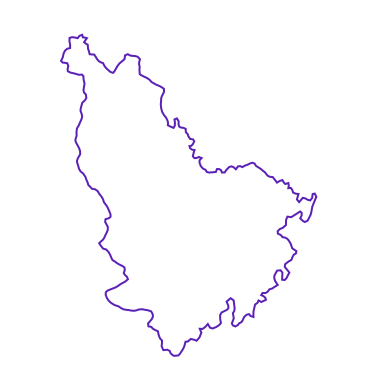 outline of Abadia dos Dourados, Minas Gerais, Brazil, rotated 177°
{"feature_id": "56859067B68751395619668", "entity_name": "Abadia dos Dourados", "entity_type": "district", "adm_level": 2, "iso_a3": "BRA", "parent_name": "Brazil", "parent_adm1": "Minas Gerais", "projection": "robinson", "projection_center": [-47.46, -18.373], "detail": "fine", "context": "isolated", "style": "outline", "palette": "violet", "viewbox_px": 384, "rotation_deg": 177, "n_neighbors": 0, "source": "geoboundaries", "source_scale": "gbopen_adm2", "svg_char_len": 5118}
<svg xmlns="http://www.w3.org/2000/svg" viewBox="0 0 384 384"><g transform="rotate(177 192 192)"><path d="M228.9,35.6L225.0,35.8L222.6,34.5L221.8,32.1L220.3,30.5L218.6,29.3L214.2,29.5L212.5,31.1L209.2,35.6L207.9,38.0L206.3,42.8L204.0,42.9L200.9,45.3L197.1,44.2L195.2,43.2L192.1,46.5L190.0,51.1L191.4,55.0L188.6,54.7L185.9,56.5L183.1,59.3L181.1,55.6L178.6,54.6L174.9,55.9L171.8,57.7L170.0,59.6L170.5,64.0L170.4,67.5L168.8,70.1L163.3,72.5L161.8,73.9L161.7,76.6L163.2,80.7L159.0,83.9L156.1,81.6L155.5,73.6L156.1,70.7L157.5,68.9L156.9,63.7L159.1,58.6L158.1,56.6L155.7,55.5L153.1,56.8L151.7,58.5L149.6,59.3L148.2,61.1L146.5,64.4L143.9,66.6L141.3,67.0L140.1,65.2L137.2,64.0L136.9,69.3L134.9,76.3L132.3,78.0L131.2,80.2L128.5,78.5L126.2,79.5L123.8,80.4L124.3,82.5L126.1,84.3L128.3,85.4L126.8,87.5L124.0,87.2L121.7,88.4L119.9,90.7L116.8,91.5L115.1,92.6L111.3,94.7L113.7,98.9L114.3,101.2L114.2,104.0L111.2,109.0L107.7,109.2L105.9,106.8L106.6,99.7L104.2,99.2L102.3,100.8L100.8,103.4L99.0,106.4L100.3,108.3L103.3,112.3L102.8,115.0L99.3,117.5L96.3,119.0L94.8,122.3L93.5,124.2L91.5,125.1L90.8,127.4L94.9,130.6L96.1,135.1L98.0,138.7L99.7,140.6L102.0,141.8L103.9,142.1L105.6,144.4L108.4,145.9L108.5,148.4L106.1,150.5L103.5,151.3L101.7,152.7L99.9,154.1L99.5,159.3L98.0,162.4L94.1,161.7L91.0,163.5L85.0,166.9L83.5,165.3L83.8,162.8L85.3,160.0L82.8,157.3L80.9,156.1L78.0,157.4L74.8,162.9L73.9,165.7L72.6,171.2L68.1,180.7L69.5,184.0L71.6,183.7L72.3,179.8L74.4,177.4L77.0,178.2L79.0,179.6L81.7,180.4L83.5,178.4L85.6,176.3L87.6,179.1L86.6,182.1L85.8,184.5L88.3,184.8L91.0,186.1L91.8,188.9L93.1,190.9L95.6,190.8L95.0,193.2L95.3,195.9L98.5,195.1L99.9,196.8L101.1,199.2L104.2,198.3L106.6,196.9L108.4,199.6L110.6,202.7L113.3,203.1L115.2,204.0L116.6,205.6L118.1,207.9L120.1,209.5L121.8,211.2L124.1,212.9L126.6,214.6L128.1,217.2L130.2,218.1L132.4,217.5L134.9,216.4L137.9,215.5L140.4,214.2L142.5,215.3L144.7,215.2L147.0,212.4L149.3,214.7L151.2,215.5L153.6,215.0L156.3,212.4L158.4,209.8L161.1,209.9L161.8,212.2L163.7,213.5L165.9,213.6L167.1,210.8L170.6,210.6L173.7,210.5L176.1,211.2L177.3,213.4L179.7,214.7L181.9,217.4L183.0,221.2L182.7,223.4L180.6,225.4L183.3,226.6L185.7,225.7L187.8,225.7L189.3,227.6L188.2,231.3L187.3,233.8L189.6,234.2L191.6,235.8L192.1,238.0L190.2,238.2L188.6,239.8L187.1,242.5L188.2,244.5L191.1,245.1L192.7,247.8L193.3,250.1L195.0,252.0L195.0,255.4L197.2,256.5L199.5,256.9L201.2,257.8L201.9,260.1L201.6,263.3L203.3,266.3L205.7,265.4L205.4,262.4L205.7,259.1L207.1,257.0L210.0,258.4L212.6,259.9L212.3,262.6L213.0,265.4L214.2,267.9L216.0,270.3L217.7,273.8L218.4,277.4L218.6,281.2L218.1,284.3L217.9,287.1L217.1,289.3L216.0,291.1L214.7,293.4L214.6,296.5L216.7,298.1L218.5,299.3L220.5,300.3L222.4,301.2L224.4,302.5L226.6,303.9L228.6,306.4L231.5,308.5L234.0,309.8L236.3,311.1L238.0,312.4L238.1,316.6L237.7,319.9L238.2,322.5L237.8,325.0L237.0,327.3L239.2,329.9L241.9,330.8L244.1,331.0L246.8,331.6L248.9,333.0L251.7,331.9L252.5,328.1L255.6,325.8L257.8,324.1L260.1,321.3L261.8,318.7L262.9,316.9L264.5,315.1L267.1,316.1L269.3,318.2L271.6,320.6L273.1,323.0L274.1,325.4L276.2,326.2L278.2,327.5L279.9,329.7L281.0,331.9L282.5,334.4L284.9,334.6L287.0,335.0L287.6,338.2L288.3,340.3L288.4,344.5L290.1,345.6L291.9,347.2L290.5,349.2L288.9,351.1L290.8,351.8L292.9,352.2L293.4,354.7L296.1,353.9L298.2,351.6L300.5,352.3L303.6,352.9L306.2,352.3L306.5,348.9L306.0,345.5L306.2,342.1L309.1,341.6L311.6,339.6L313.0,336.9L314.0,333.3L315.9,329.8L314.4,328.0L312.3,327.7L309.8,327.1L308.9,324.2L309.8,321.6L309.7,319.1L307.4,317.7L304.3,316.8L301.7,316.0L299.0,315.0L295.8,315.0L294.4,313.4L294.4,310.5L294.1,308.3L293.6,306.1L294.3,302.9L295.0,299.7L294.7,297.1L292.9,295.0L292.6,291.3L294.4,288.9L296.8,287.0L297.7,284.5L298.6,281.8L299.1,279.0L298.2,276.0L297.7,273.3L298.5,270.6L300.1,267.5L301.5,264.6L303.6,261.4L304.2,258.0L304.3,254.2L305.3,251.7L305.8,249.6L305.1,247.2L303.6,244.2L302.4,241.4L301.6,238.6L301.7,235.6L302.8,233.8L304.3,231.6L305.3,229.0L305.0,226.8L304.3,224.2L303.6,221.1L302.3,218.5L299.7,216.1L297.7,212.8L296.8,209.7L295.8,207.2L295.2,204.5L293.6,202.7L291.7,200.5L288.7,199.8L286.1,197.8L284.8,195.1L282.8,192.4L281.2,189.4L280.5,186.4L278.9,184.1L277.4,181.7L276.6,179.7L275.6,177.1L274.5,173.8L274.7,171.4L276.6,170.1L279.8,169.4L280.3,166.6L279.0,164.0L277.9,161.6L278.1,158.5L279.4,155.8L281.1,152.8L282.3,150.4L284.0,148.5L285.5,147.4L287.4,145.7L285.8,143.0L283.7,140.1L280.6,139.0L278.4,136.3L276.8,133.0L275.9,130.3L274.9,128.1L272.7,126.7L271.0,125.2L268.9,123.7L265.8,122.0L263.4,120.2L263.2,117.6L264.4,114.6L263.3,112.7L261.6,111.0L260.5,108.3L262.8,106.4L265.3,105.1L268.1,103.8L270.4,102.3L273.1,100.8L275.8,99.9L278.8,98.9L281.6,97.9L283.3,96.4L283.6,94.0L282.7,91.0L281.2,88.2L279.1,85.9L277.1,84.4L275.3,83.2L273.6,82.5L271.3,81.6L268.8,79.7L266.8,78.5L264.3,77.9L261.4,77.4L258.6,76.7L255.7,76.4L253.5,76.8L250.9,77.5L247.7,77.5L245.4,76.9L242.5,76.3L239.0,74.9L237.6,72.0L237.6,69.5L238.7,67.3L240.7,65.1L242.8,63.0L242.5,60.1L239.7,59.4L238.1,57.4L235.8,56.0L233.3,54.7L233.0,52.2L232.4,49.7L231.5,47.3L229.7,45.2L229.9,42.8L230.4,39.6L228.9,35.6Z" fill="none" stroke="#5b21b6" stroke-width="2"/></g></svg>